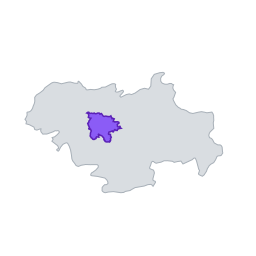 Grad Beograd highlighted on a map of Republic of Serbia, rotated 318°
{"feature_id": "SRB-836", "entity_name": "Grad Beograd", "entity_type": "City", "adm_level": 1, "iso_a3": "SRB", "parent_name": "Republic of Serbia", "parent_adm1": "", "projection": "robinson", "projection_center": [20.4, 44.661], "detail": "fine", "context": "in_parent", "style": "filled", "palette": "violet", "viewbox_px": 256, "rotation_deg": 318, "n_neighbors": 0, "source": "natural_earth", "source_scale": "10m", "svg_char_len": 7581}
<svg xmlns="http://www.w3.org/2000/svg" viewBox="0 0 256 256"><g transform="rotate(318 128 128)"><path d="M143.3,100.4L149.1,102.0L151.7,103.5L153.0,105.5L156.7,106.8L162.7,107.5L166.8,109.5L169.2,112.9L173.0,112.1L178.2,107.0L183.4,105.7L188.5,108.1L191.3,110.1L191.8,111.7L190.6,112.3L187.7,112.0L185.4,113.0L183.6,115.2L183.4,117.6L184.7,120.1L186.5,121.8L188.8,122.8L190.1,124.1L190.3,125.8L190.9,126.3L189.6,127.0L188.1,128.2L187.3,130.2L187.2,133.4L182.6,135.9L180.9,136.4L180.2,138.0L179.0,142.7L179.2,146.3L179.9,148.1L180.1,149.6L181.6,151.4L183.0,154.1L183.9,157.8L185.9,160.6L191.0,163.4L193.5,165.0L195.4,167.4L196.8,169.5L201.0,172.3L200.7,174.3L199.8,176.3L198.9,177.2L196.8,179.8L194.8,181.2L191.5,185.7L186.3,185.9L185.0,186.3L183.1,187.5L182.1,189.7L183.0,191.5L183.0,193.3L182.1,196.8L183.4,200.6L185.2,202.3L185.5,203.3L185.2,205.1L182.5,208.7L181.7,210.0L178.9,210.7L177.9,210.3L176.5,209.1L175.2,208.7L171.8,210.2L168.5,211.1L165.8,210.4L163.2,210.3L161.4,210.9L160.0,211.2L157.3,212.7L153.0,213.8L151.0,213.6L150.3,212.1L149.5,210.0L149.8,209.1L152.7,207.5L153.0,205.9L156.9,198.3L157.7,195.9L157.7,195.1L156.7,194.5L154.5,194.5L144.8,191.5L145.2,188.0L142.4,186.1L139.3,184.4L138.8,182.5L135.4,178.7L132.9,176.5L129.7,175.5L127.0,173.9L125.3,173.0L124.6,171.2L124.6,170.1L123.8,169.1L122.4,169.2L120.2,170.6L117.5,171.9L117.0,172.7L118.0,174.9L118.7,176.2L118.4,177.5L117.5,179.1L112.2,182.6L111.6,183.9L112.6,185.9L112.0,186.8L107.6,188.1L107.7,187.0L107.4,185.3L104.9,183.4L101.3,182.0L93.3,177.0L90.3,176.3L87.6,175.8L83.7,173.4L81.7,173.0L79.4,171.3L74.6,165.5L70.5,162.4L67.7,160.8L66.9,159.3L66.7,157.7L66.8,157.2L69.0,154.9L70.6,154.6L72.7,154.5L74.1,155.7L75.9,155.9L77.0,154.5L77.5,152.4L77.3,149.7L72.9,143.5L69.1,139.2L68.7,138.2L69.5,137.4L70.9,137.0L72.3,137.3L75.9,137.7L79.5,137.3L80.7,136.2L80.7,134.8L79.4,133.5L75.3,129.9L72.1,126.8L68.3,124.4L65.5,123.4L64.7,122.2L64.3,120.9L64.7,118.5L64.9,115.5L65.6,113.5L68.1,109.9L70.5,106.1L72.1,102.4L72.9,99.0L72.6,98.0L71.3,97.3L68.7,96.6L64.9,97.2L61.8,98.5L60.6,98.5L60.2,97.0L60.7,96.3L61.6,96.4L62.5,96.7L63.3,96.0L63.9,94.0L62.6,86.9L65.0,86.2L65.0,85.2L65.2,84.3L67.6,85.5L71.0,85.6L74.0,85.3L74.5,84.6L74.5,83.6L73.8,82.8L72.8,82.2L72.0,81.2L70.0,80.8L63.7,78.2L60.6,75.5L60.8,72.6L61.7,71.1L62.8,70.5L62.4,70.0L58.9,68.6L57.7,66.8L58.7,64.4L56.9,59.6L55.0,56.6L56.9,55.3L57.2,53.5L57.3,52.5L58.1,52.5L61.2,51.2L62.3,50.2L63.0,49.1L63.7,48.8L65.8,50.1L67.9,50.2L70.4,49.4L72.2,48.3L74.4,47.3L75.4,46.7L76.7,45.7L79.2,42.8L82.1,42.2L86.0,42.9L90.2,43.2L93.3,42.5L101.2,43.4L102.9,44.0L104.0,44.8L106.1,47.3L108.1,50.6L110.9,52.1L114.2,53.9L115.9,55.2L118.4,59.1L120.4,61.0L121.0,60.9L121.7,60.4L122.1,60.0L122.7,60.3L122.7,61.5L122.8,64.1L122.3,66.9L123.1,69.6L123.1,70.4L122.6,71.1L122.7,71.8L123.3,72.5L126.0,74.3L128.5,77.0L131.4,78.9L134.1,80.1L135.8,80.2L138.5,82.4L144.0,83.9L145.7,84.5L146.9,85.4L147.8,86.4L147.9,87.5L147.0,88.0L145.9,89.6L145.4,91.4L144.5,91.8L143.7,91.9L143.0,92.4L143.2,93.2L143.9,94.0L145.0,94.7L147.2,95.4L149.4,96.4L149.4,97.2L148.9,98.0L146.2,98.4L144.2,98.5L143.2,98.9L143.3,100.4Z" fill="#d9dde1" stroke="#a8b0b8" stroke-width="1"/><path d="M94.5,108.6L95.7,107.7L96.4,106.9L97.1,106.4L98.8,105.6L98.9,105.1L99.0,104.9L99.1,104.6L98.9,104.3L98.9,104.2L99.2,104.0L99.2,103.9L99.3,103.9L99.4,103.6L99.3,103.4L99.2,103.3L98.9,103.2L98.7,103.1L98.4,103.0L98.3,102.8L98.3,102.7L98.3,102.4L98.5,102.1L99.0,102.0L99.3,102.0L99.5,101.9L99.8,101.7L99.9,100.9L100.0,100.7L100.2,100.4L100.2,100.0L100.3,99.6L100.6,98.9L100.8,98.7L100.9,98.3L100.9,97.9L101.0,97.7L101.4,97.5L102.1,97.6L102.3,97.6L102.6,97.5L103.1,97.1L103.3,96.9L103.9,96.6L104.1,96.5L104.6,96.5L105.4,96.3L106.9,95.9L106.7,95.7L106.1,94.8L105.7,93.8L106.0,93.8L106.2,93.1L107.2,92.4L108.0,91.3L107.6,89.6L107.4,89.3L107.8,89.3L108.1,89.3L108.3,89.3L108.7,89.5L109.0,89.7L109.3,89.9L109.4,90.0L109.3,90.5L109.4,91.1L109.5,91.6L109.7,91.8L109.9,92.0L111.0,92.7L111.0,92.8L111.2,93.3L111.3,93.4L111.4,93.5L111.6,93.7L111.9,93.9L112.1,94.1L112.4,94.1L112.7,94.2L112.8,94.2L112.9,94.3L113.0,94.4L113.0,94.5L113.0,94.9L113.0,95.0L113.2,95.4L113.3,95.5L113.8,95.9L114.0,96.1L114.6,96.3L115.0,96.5L115.4,96.7L115.6,96.7L115.8,96.9L116.1,97.2L116.6,97.7L116.6,97.8L116.7,98.0L116.5,98.3L116.4,99.0L117.4,99.2L117.9,99.4L117.9,99.9L117.6,102.1L117.6,102.6L117.8,103.1L118.1,103.5L119.1,104.0L119.6,104.5L120.8,106.1L121.6,106.9L122.3,107.4L123.4,107.5L122.9,108.9L122.7,109.1L122.6,109.3L122.6,109.5L122.7,109.8L123.0,110.1L123.1,110.4L123.1,110.5L123.0,110.8L122.9,110.8L123.0,110.9L123.1,111.0L123.5,111.2L123.6,111.3L123.7,111.5L123.8,111.8L123.9,112.0L123.7,112.1L123.1,112.3L122.8,112.4L122.4,112.6L122.0,112.9L121.6,113.2L121.4,113.3L121.9,113.8L122.1,114.1L122.2,114.6L122.3,114.9L122.6,115.0L122.9,115.1L123.2,115.3L123.8,115.9L124.2,116.2L124.4,116.3L124.5,116.5L124.7,117.0L125.0,117.3L125.0,117.5L125.0,117.8L124.9,117.9L124.5,118.3L124.4,118.4L124.3,118.5L124.2,118.5L124.1,118.4L123.4,118.2L123.2,118.1L122.9,118.1L122.6,118.2L122.2,118.3L122.1,118.5L122.0,119.0L121.9,119.2L121.8,119.3L121.5,119.5L121.4,119.6L121.2,119.8L121.2,120.1L121.3,120.3L121.6,120.7L122.0,121.1L122.2,121.3L122.3,121.3L122.7,121.2L122.9,121.2L123.1,121.2L123.2,121.3L123.2,121.6L122.6,122.0L122.4,122.3L122.4,122.5L122.5,122.7L122.6,123.0L122.7,123.6L122.2,123.3L121.9,123.1L121.6,122.8L121.5,122.6L121.4,122.6L121.2,122.5L120.8,122.5L120.5,122.4L120.4,122.4L120.1,122.1L119.8,122.0L119.6,122.0L119.3,122.1L118.9,122.3L118.4,122.6L118.0,122.2L117.9,122.0L117.6,121.9L117.4,121.8L117.4,121.6L117.4,121.4L117.3,121.1L117.3,120.7L117.2,120.5L117.2,120.4L116.8,120.3L116.7,120.3L116.2,120.5L115.6,120.7L115.4,120.8L114.9,120.9L114.6,121.1L114.4,121.0L114.2,120.9L114.2,120.6L114.2,120.4L114.2,120.2L114.4,119.8L113.8,119.5L113.4,119.3L113.3,119.2L113.0,119.2L112.6,119.2L112.3,119.0L111.9,118.7L111.5,118.4L111.4,118.4L111.0,118.3L110.4,118.9L110.2,118.9L110.0,119.0L109.9,119.0L109.6,119.3L109.5,119.5L109.4,119.6L109.5,119.9L110.0,120.3L110.3,120.5L110.6,120.9L110.7,121.0L110.4,121.4L110.2,121.5L109.9,122.1L109.6,122.3L109.5,122.5L109.6,123.0L109.5,123.3L109.3,123.5L109.2,123.7L109.2,123.8L108.8,123.9L108.5,124.0L108.2,123.9L108.0,124.0L107.9,124.1L107.8,124.3L107.7,124.5L107.5,124.8L107.2,125.1L107.0,125.4L106.9,125.5L106.6,125.6L106.3,125.7L106.2,125.7L105.9,125.5L105.8,125.4L105.7,125.4L105.5,125.5L105.5,125.9L105.5,126.0L105.4,126.0L104.9,126.1L104.7,125.9L104.3,125.3L104.2,125.2L103.4,124.6L103.1,124.3L102.8,124.1L102.2,123.2L102.0,122.7L102.1,122.4L102.3,122.2L102.5,121.9L102.6,121.7L102.3,121.2L102.2,121.2L102.2,120.9L102.3,120.7L102.5,120.6L102.5,120.3L102.5,120.2L103.0,119.8L103.1,119.7L103.2,119.4L103.3,119.1L103.4,118.8L103.4,118.6L103.4,118.3L103.4,118.1L103.3,117.8L103.2,117.7L103.4,117.1L103.4,116.9L103.3,116.6L103.2,116.1L103.1,115.7L102.9,115.4L102.5,115.1L102.4,115.0L102.4,114.9L102.5,114.4L102.4,114.2L102.2,113.9L102.2,113.5L102.2,113.3L102.1,113.2L102.0,112.9L101.9,112.9L101.7,112.9L101.5,113.1L101.4,113.5L101.3,113.8L101.1,113.9L101.0,114.1L100.9,114.4L100.8,114.5L100.5,114.7L100.0,114.9L100.0,115.0L99.9,114.9L99.7,114.8L99.5,114.4L99.3,114.2L99.2,113.9L99.0,113.7L98.8,113.6L98.6,113.6L98.3,113.6L98.2,113.6L97.9,113.7L97.8,113.8L97.7,113.9L97.6,114.2L97.5,114.3L97.3,114.4L97.0,114.4L96.9,114.4L96.7,114.3L96.3,114.2L95.9,114.0L95.3,113.9L95.1,113.8L95.0,113.6L94.8,113.4L94.6,113.3L94.5,113.2L94.4,113.0L94.3,112.8L94.3,112.7L94.3,112.2L94.4,111.4L94.4,111.2L94.2,110.8L94.1,110.7L94.3,110.2L94.3,109.9L94.5,108.6Z" fill="#8b5cf6" stroke="#5b21b6" stroke-width="1.5"/></g></svg>